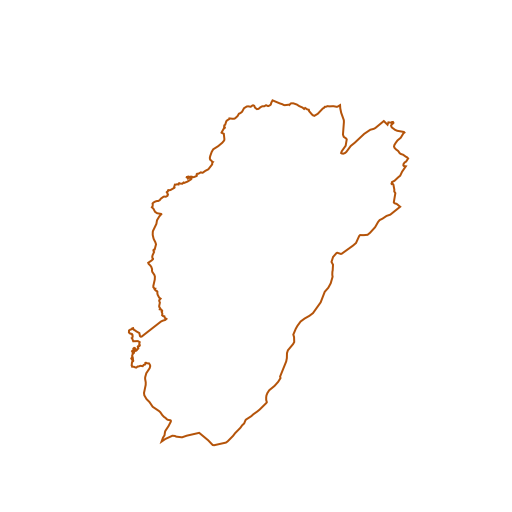 outline of Sovata, Mures, Romania, rotated 139°
{"feature_id": "2599482B16228815220694", "entity_name": "Sovata", "entity_type": "district", "adm_level": 2, "iso_a3": "ROU", "parent_name": "Romania", "parent_adm1": "Mures", "projection": "natural_earth1", "projection_center": [25.148, 46.633], "detail": "fine", "context": "isolated", "style": "outline", "palette": "amber", "viewbox_px": 512, "rotation_deg": 139, "n_neighbors": 0, "source": "geoboundaries", "source_scale": "gbopen_adm2", "svg_char_len": 6080}
<svg xmlns="http://www.w3.org/2000/svg" viewBox="0 0 512 512"><g transform="rotate(139 256 256)"><path d="M185.8,377.3L186.3,376.9L188.6,377.3L190.0,377.2L193.1,375.3L194.2,375.4L195.6,374.1L195.2,373.4L195.4,373.2L197.1,373.2L200.9,371.8L201.1,371.7L200.9,371.0L200.1,369.4L203.2,364.9L204.2,364.1L207.1,363.6L212.4,363.7L218.3,364.6L221.2,363.6L225.1,361.4L226.3,360.5L227.1,359.5L227.4,358.6L227.1,357.0L227.3,355.9L226.9,355.2L227.9,355.0L229.0,353.9L235.1,352.7L238.3,353.5L241.5,353.8L242.0,354.1L242.7,355.3L245.5,355.9L246.5,356.7L247.0,356.7L247.7,356.1L247.9,355.5L248.3,355.3L251.1,356.3L252.0,356.9L252.3,357.8L252.9,358.5L254.6,359.6L255.0,360.4L255.4,360.3L256.4,361.0L256.7,360.8L256.3,359.9L256.5,359.2L255.4,359.4L254.0,357.2L254.1,356.6L254.9,356.5L258.9,357.1L262.3,358.3L262.5,359.0L264.2,358.9L265.9,360.6L266.2,361.4L266.8,361.4L267.6,360.8L268.6,362.0L269.6,362.4L270.4,363.1L272.6,361.7L272.6,361.1L272.8,361.0L277.2,361.9L278.2,362.4L278.7,363.1L279.3,363.3L279.9,362.7L281.4,362.8L281.6,362.6L281.6,361.3L282.2,360.7L282.2,360.1L283.4,359.5L285.2,359.9L286.2,361.0L286.9,361.4L290.2,361.7L292.1,361.3L293.8,361.7L294.7,362.5L296.3,363.2L298.3,363.6L299.6,363.5L300.3,362.4L301.4,361.4L302.6,361.1L302.4,359.0L303.2,355.6L302.6,353.2L300.0,350.0L300.0,349.7L303.1,349.3L307.3,347.9L310.1,345.6L317.3,342.5L318.1,341.9L320.1,339.7L321.6,336.9L322.1,335.8L322.9,332.5L323.8,330.4L328.2,327.4L328.8,327.8L329.6,327.7L329.7,327.1L330.3,326.5L330.3,325.9L333.6,324.4L334.8,323.5L335.5,322.5L335.5,321.5L335.8,321.2L337.7,321.1L341.8,321.6L342.2,320.5L342.0,318.1L342.2,316.4L343.1,314.2L344.1,313.2L344.7,312.0L345.1,308.5L345.8,306.8L347.9,304.6L353.1,300.8L354.0,299.7L353.9,298.9L354.2,298.1L353.5,297.4L354.4,296.9L354.3,295.4L353.8,294.6L353.9,293.6L354.7,292.9L355.6,291.4L356.4,288.1L356.0,286.4L358.1,286.1L358.7,285.2L359.1,283.9L362.0,281.7L362.7,280.3L362.5,279.7L361.9,279.4L362.5,279.4L362.7,278.9L363.5,278.7L362.7,277.5L362.7,276.3L363.2,275.8L363.8,275.8L364.4,274.1L365.0,273.4L365.7,273.0L365.6,271.8L364.7,270.6L365.4,269.2L364.9,267.3L366.5,267.3L368.9,268.4L370.8,268.9L395.2,270.2L396.0,270.8L396.1,271.7L394.6,274.4L395.8,277.7L396.0,279.0L396.5,279.9L396.4,280.7L396.7,281.2L396.1,282.2L396.9,282.6L398.1,282.4L399.1,282.9L400.7,283.1L402.1,281.6L401.9,280.1L401.3,279.5L401.3,278.7L400.8,278.4L400.9,277.6L401.2,277.3L401.6,276.5L403.0,275.4L403.6,275.5L403.7,274.6L404.6,272.2L401.0,269.3L400.3,267.3L402.1,266.0L402.2,265.7L402.1,265.0L402.3,264.8L403.2,264.5L404.2,265.3L404.7,265.2L405.5,263.4L406.9,263.4L407.8,263.1L408.6,263.2L408.7,264.5L408.0,264.8L407.8,265.3L407.9,266.2L408.2,266.6L409.3,266.6L410.2,265.0L411.0,265.0L411.4,265.6L412.0,265.5L412.2,264.6L410.1,264.6L409.9,264.3L410.1,263.7L411.1,263.7L411.6,263.0L413.5,263.0L413.7,262.6L414.8,262.1L415.4,261.4L415.4,260.6L416.0,259.7L416.5,260.7L417.3,260.5L417.6,259.0L417.0,258.7L417.4,257.4L417.9,257.2L418.8,257.4L419.7,256.8L421.7,254.9L421.7,254.2L422.1,253.8L420.7,252.3L420.2,251.1L419.5,250.3L417.9,250.3L417.0,249.6L415.3,249.0L413.8,247.2L412.2,247.5L411.0,246.9L410.3,247.2L409.7,247.9L409.1,247.7L408.6,246.5L407.2,245.1L407.6,243.0L408.3,242.1L409.9,241.1L415.7,239.5L419.2,237.2L420.3,236.0L422.1,233.0L423.8,231.1L430.4,226.1L431.7,224.1L432.5,219.9L432.2,215.7L432.9,210.0L430.9,202.6L430.7,200.9L431.1,197.5L431.0,195.0L430.5,193.1L430.4,191.3L430.0,190.2L428.3,188.1L428.3,187.6L428.9,186.9L433.7,185.0L439.1,183.5L440.0,183.0L442.7,180.7L445.4,179.9L449.0,177.9L444.5,177.4L437.0,175.2L435.3,173.4L434.7,172.0L430.8,167.7L426.1,165.8L414.9,159.8L413.0,148.3L412.7,141.8L411.8,140.7L401.1,134.9L399.0,134.7L391.3,135.3L388.0,136.0L380.4,136.6L377.6,137.3L374.8,137.4L371.6,139.0L370.8,139.1L364.6,138.2L361.9,138.3L357.0,137.8L354.1,137.7L344.6,138.3L343.7,138.6L342.8,140.6L341.1,142.6L339.6,143.9L337.3,145.1L334.1,146.0L327.2,145.8L321.8,146.5L317.6,147.8L316.9,149.2L302.4,156.6L299.7,158.7L296.3,162.4L293.8,163.9L285.8,165.2L283.6,166.0L280.5,169.8L279.4,172.2L273.7,175.0L270.3,176.2L265.3,177.3L260.3,176.9L254.9,175.8L250.5,175.5L237.6,178.6L227.6,183.9L222.3,184.6L217.5,186.4L211.8,190.1L210.8,191.7L208.8,193.9L207.5,194.9L203.6,198.9L202.9,202.0L198.5,204.7L193.4,205.4L192.6,205.2L190.6,201.9L189.9,201.5L175.8,200.2L172.0,200.2L165.0,203.4L163.7,203.5L161.2,201.2L157.9,198.8L154.7,198.7L147.2,199.6L141.5,201.6L139.1,202.0L136.1,201.2L131.2,200.6L127.5,199.1L114.9,198.6L115.5,202.3L115.7,203.2L116.6,204.4L116.9,205.6L116.8,206.1L109.6,212.0L109.3,214.0L108.0,215.4L105.5,219.7L105.5,220.9L107.1,221.5L106.1,221.6L104.9,222.6L102.1,221.9L96.8,222.1L94.5,222.0L90.4,223.8L84.1,225.4L85.3,226.8L85.4,227.6L84.4,228.6L82.5,229.1L80.7,228.8L77.2,229.8L77.3,231.6L77.8,232.7L78.5,235.8L79.9,238.3L80.1,239.5L79.8,241.9L80.4,244.6L80.5,246.8L80.0,248.1L78.7,249.0L76.1,249.8L73.3,250.4L69.2,250.3L64.2,251.9L63.0,251.8L63.0,252.6L67.3,257.9L68.3,260.0L69.1,263.7L69.0,264.8L68.4,265.9L67.1,266.2L65.1,266.2L64.8,266.5L64.7,267.3L65.4,267.9L66.5,267.9L68.4,270.0L70.6,268.8L71.0,274.0L82.0,274.3L83.7,274.7L86.9,276.3L94.2,277.2L107.1,276.7L112.3,276.9L119.5,275.3L121.1,275.3L122.9,275.9L123.9,276.9L124.2,277.9L122.6,278.8L116.0,280.4L111.0,284.5L110.9,285.6L111.6,288.4L110.7,290.6L101.8,299.4L100.6,300.9L97.7,308.3L95.5,312.2L93.6,314.7L96.1,315.1L97.1,315.5L99.3,318.3L102.6,320.9L103.6,322.1L105.4,322.8L106.2,323.5L107.5,323.2L108.8,323.5L116.1,322.8L120.0,323.5L120.2,324.1L120.6,324.4L120.9,325.8L120.9,330.5L120.3,331.3L120.2,331.8L120.6,332.1L121.2,333.2L121.8,335.5L123.2,335.4L123.5,337.5L125.1,340.9L125.8,343.5L127.7,346.8L129.2,348.1L129.8,348.3L131.6,348.1L131.6,348.4L135.4,351.0L136.0,351.8L136.6,353.4L137.8,355.3L141.4,362.6L143.8,361.7L145.5,360.6L146.4,360.6L148.2,361.0L148.6,361.3L149.5,363.2L151.5,363.6L153.1,364.9L155.2,365.4L156.6,365.3L157.8,365.5L159.0,366.3L159.4,368.7L158.8,370.5L159.2,371.5L159.8,371.9L162.1,372.1L163.7,374.1L164.9,374.9L168.1,375.4L171.9,374.0L174.0,374.1L175.6,374.6L178.1,373.7L181.3,373.6L182.4,373.9L183.5,374.8L185.8,377.3Z" fill="none" stroke="#b45309" stroke-width="2"/></g></svg>